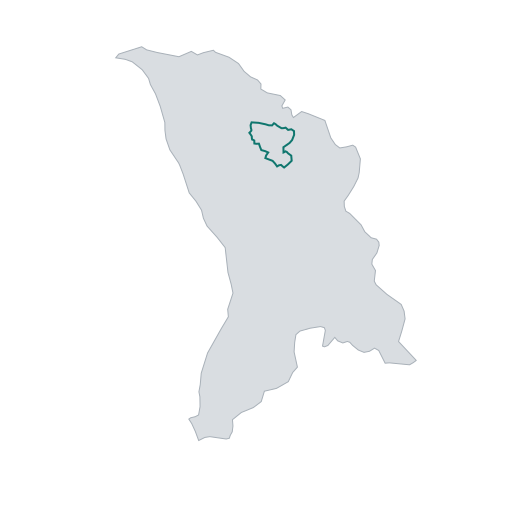 location of Floreşti within Moldova, rotated 12°
{"feature_id": "MDA-1635", "entity_name": "Floreşti", "entity_type": "District", "adm_level": 1, "iso_a3": "MDA", "parent_name": "Moldova", "parent_adm1": "", "projection": "robinson", "projection_center": [28.303, 47.851], "detail": "fine", "context": "in_parent", "style": "outline", "palette": "teal", "viewbox_px": 512, "rotation_deg": 12, "n_neighbors": 0, "source": "natural_earth", "source_scale": "10m", "svg_char_len": 2656}
<svg xmlns="http://www.w3.org/2000/svg" viewBox="0 0 512 512"><g transform="rotate(12 256 256)"><path d="M77.6,91.3L79.8,87.0L100.7,75.1L106.1,77.1L117.0,77.5L139.2,77.1L150.2,69.3L156.9,71.5L162.4,68.0L171.6,63.6L172.9,64.5L174.1,65.2L188.3,67.2L198.9,71.4L206.0,77.9L213.4,81.9L220.9,83.5L225.1,86.7L226.0,91.7L233.1,94.1L246.4,94.0L252.1,97.3L250.1,103.8L251.4,106.0L256.2,103.7L259.8,105.7L261.7,110.5L263.8,112.8L270.6,105.2L277.8,106.0L295.2,109.1L304.6,124.9L310.4,130.5L315.5,132.9L321.9,130.4L327.6,127.5L330.8,128.8L337.9,139.3L339.6,152.9L339.6,158.5L337.2,167.7L333.6,177.6L330.8,184.0L332.1,189.2L334.6,193.5L338.8,194.9L352.3,203.7L357.4,209.7L364.8,214.2L370.4,214.5L373.3,217.0L374.3,220.1L373.6,227.9L370.5,235.2L371.0,239.9L375.9,245.4L376.5,251.9L376.9,256.0L379.5,259.2L392.0,266.3L408.1,273.2L412.3,279.1L414.9,286.5L414.2,299.1L413.2,310.0L434.4,324.8L432.1,327.5L428.8,330.5L408.6,332.8L404.6,334.0L395.7,322.9L391.1,321.5L386.8,325.6L381.7,327.8L375.6,326.7L369.0,323.3L365.7,320.9L363.1,320.6L359.0,323.0L353.5,322.0L350.0,319.2L344.9,328.6L341.8,330.6L339.8,330.3L339.3,314.4L337.8,311.9L333.8,311.6L323.9,315.4L314.6,320.3L311.4,324.6L311.8,332.5L313.2,341.9L319.6,356.1L316.1,362.3L313.7,372.2L303.6,381.2L292.3,386.5L291.4,397.3L285.0,404.7L274.2,412.1L267.0,421.0L268.8,427.1L269.3,432.9L268.1,436.8L267.8,439.8L264.9,441.2L248.4,442.3L243.7,444.1L238.3,448.4L233.2,440.3L228.0,433.3L224.2,429.5L225.8,427.8L230.0,425.8L232.9,423.4L232.6,415.0L230.4,405.4L228.4,400.7L228.2,393.4L226.8,382.0L228.8,360.9L237.1,334.4L241.6,321.2L239.4,314.0L241.2,297.1L237.6,288.8L232.0,277.9L224.1,254.2L214.2,245.9L201.9,236.9L196.7,230.0L193.2,222.5L186.0,215.0L177.6,208.2L167.7,191.0L162.6,183.2L161.0,181.1L149.7,170.1L143.7,160.2L140.8,152.0L139.1,144.4L131.2,129.5L124.0,118.3L117.1,110.3L114.0,104.6L106.0,97.5L94.6,91.8L87.1,90.8L77.6,91.3Z" fill="#d9dde1" stroke="#a8b0b8" stroke-width="1"/><path d="M265.3,138.5L260.2,143.9L261.4,149.0L262.2,148.4L263.0,147.5L264.5,147.8L266.0,148.9L269.6,150.5L271.1,155.4L268.1,159.9L265.1,163.6L263.4,162.8L261.6,161.7L259.6,162.5L258.0,164.0L255.4,161.6L252.5,159.5L244.8,158.3L245.0,155.6L246.4,152.2L243.0,151.5L239.2,151.3L237.4,148.7L235.5,145.5L232.9,146.2L231.0,146.3L230.3,143.4L229.1,143.0L228.0,142.9L227.4,141.5L227.0,139.8L225.5,138.3L223.9,136.9L224.7,135.6L225.4,134.3L225.1,133.1L224.5,132.2L223.5,129.2L223.9,126.2L230.9,125.2L238.0,125.2L241.3,125.5L244.6,124.9L245.3,123.6L246.0,122.4L247.8,123.0L249.6,124.1L254.4,125.7L256.4,125.2L258.3,124.3L261.2,126.0L264.2,124.7L267.2,125.9L268.1,129.6L267.2,135.1L265.3,138.5Z" fill="none" stroke="#0f766e" stroke-width="2"/></g></svg>